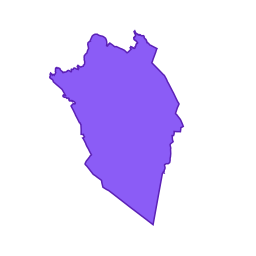 the district of Kaunatas pag., Rezeknes, Latvia, rotated 250°
{"feature_id": "27541924B36939981885438", "entity_name": "Kaunatas pag.", "entity_type": "district", "adm_level": 2, "iso_a3": "LVA", "parent_name": "Latvia", "parent_adm1": "Rezeknes", "projection": "equal_earth", "projection_center": [27.649, 56.307], "detail": "fine", "context": "isolated", "style": "filled", "palette": "violet", "viewbox_px": 256, "rotation_deg": 250, "n_neighbors": 0, "source": "geoboundaries", "source_scale": "gbopen_adm2", "svg_char_len": 5553}
<svg xmlns="http://www.w3.org/2000/svg" viewBox="0 0 256 256"><g transform="rotate(250 128 128)"><path d="M99.7,165.7L101.9,165.8L105.8,166.9L105.3,168.2L106.4,169.1L107.8,169.8L109.0,170.2L108.0,172.3L106.6,176.0L110.3,177.9L110.3,178.9L110.6,180.5L112.7,180.5L116.4,180.3L118.2,180.1L122.3,178.8L123.7,178.4L125.2,177.6L125.7,177.8L130.4,181.5L130.9,182.1L133.1,184.2L134.5,184.0L135.5,183.7L140.0,183.2L145.3,182.7L146.5,182.5L153.5,181.6L156.6,181.2L157.9,180.9L159.0,180.9L160.7,180.8L164.5,180.2L165.5,179.9L166.0,179.5L172.6,176.6L181.1,172.7L181.9,173.3L182.1,173.6L184.2,175.2L189.7,179.9L192.1,181.7L192.7,182.4L197.4,178.1L197.8,177.8L198.7,176.8L199.1,176.7L200.7,176.2L201.2,175.6L201.5,175.5L201.7,175.4L202.0,175.3L202.0,175.1L202.5,175.3L202.9,175.1L203.1,175.1L203.3,175.3L204.4,175.1L204.5,175.2L204.9,175.2L205.4,175.0L205.6,174.8L205.7,174.6L206.1,174.6L207.2,174.1L207.7,174.2L208.0,174.4L209.3,174.3L209.5,174.1L209.9,172.7L210.2,172.0L211.3,171.5L211.2,171.0L211.6,170.7L211.4,170.6L211.5,170.3L211.4,170.2L211.5,170.0L211.8,169.9L211.9,169.7L212.2,169.7L212.2,169.4L212.4,169.3L212.5,169.1L212.8,169.0L212.9,168.8L213.4,168.8L213.8,168.4L214.1,168.2L214.7,167.7L216.9,167.6L216.7,167.3L216.5,167.2L216.4,167.0L216.5,166.7L214.2,166.6L213.4,167.0L212.1,166.7L211.8,166.1L211.8,165.9L211.6,165.5L211.1,165.3L211.1,164.9L211.1,164.4L210.8,164.3L210.4,164.4L209.8,163.9L208.8,164.1L207.5,164.9L207.6,165.2L204.9,166.2L204.4,165.9L204.4,165.4L204.5,165.1L204.5,164.9L204.4,164.8L204.0,164.8L203.9,164.6L203.6,164.1L203.5,163.9L202.4,163.4L202.2,163.1L202.1,162.5L201.5,162.3L201.4,162.4L200.9,162.1L200.6,161.3L201.6,160.4L201.3,160.2L202.1,159.5L202.8,159.4L203.5,158.5L203.1,158.3L202.8,157.5L201.4,157.6L201.0,157.9L199.5,154.6L199.0,153.2L199.0,152.8L202.1,151.3L202.6,150.9L202.9,150.6L204.4,149.2L205.2,148.2L208.5,144.9L208.9,143.3L211.7,141.6L214.0,140.0L213.8,139.8L213.5,139.7L213.4,139.4L213.3,139.2L213.6,138.7L213.3,138.2L212.9,137.9L212.6,137.4L212.3,137.2L212.3,136.9L212.1,136.5L212.7,136.0L214.4,136.9L216.7,137.6L218.1,137.7L220.0,137.6L221.6,136.6L222.4,136.0L223.1,135.2L224.1,133.6L225.3,132.1L226.6,131.2L227.3,129.3L227.4,128.8L227.4,128.5L227.1,127.0L226.8,126.2L226.6,125.8L226.2,125.4L223.0,122.3L222.5,122.3L222.6,121.9L221.9,119.7L220.4,118.8L216.4,118.2L216.1,118.1L214.9,116.7L213.1,115.4L212.6,115.1L211.9,113.3L211.6,112.9L210.8,111.6L209.3,110.9L208.0,110.6L207.2,110.2L205.1,110.0L203.1,109.1L202.5,108.6L202.3,107.6L201.4,107.1L201.5,105.4L201.4,104.6L201.6,104.3L201.7,104.0L201.8,103.9L202.2,103.8L202.6,103.4L202.6,103.2L202.8,103.0L203.1,102.8L203.8,102.6L204.0,102.4L203.8,102.1L203.2,101.3L202.6,101.3L202.1,101.7L201.9,101.9L201.2,101.9L200.9,102.1L200.6,102.0L200.2,101.4L200.8,101.4L201.0,101.3L201.0,101.2L200.9,100.9L200.6,100.4L200.9,100.0L200.9,99.9L202.4,98.6L202.6,98.4L202.8,97.9L202.8,97.6L201.9,96.6L201.8,96.2L201.9,95.8L202.4,95.4L202.6,95.0L202.6,94.8L202.3,94.6L200.5,94.2L200.3,94.0L200.3,93.8L200.4,93.5L201.9,92.4L202.3,92.0L202.5,91.8L202.5,91.1L202.6,90.9L202.6,90.7L202.3,90.4L202.1,90.2L202.0,89.3L201.9,89.1L202.0,87.5L202.5,87.1L202.1,86.5L202.4,85.7L203.5,85.6L204.5,84.9L205.6,84.4L205.8,84.3L207.2,84.3L207.4,84.1L207.4,83.9L207.9,83.5L208.2,83.0L208.5,82.8L208.3,81.9L208.7,81.4L208.9,81.4L209.2,81.5L209.2,81.4L209.2,81.0L209.0,80.9L208.7,80.6L208.7,80.3L208.4,80.2L207.4,79.7L206.8,79.6L206.2,79.1L205.8,79.1L205.3,79.1L205.0,79.1L204.6,78.9L204.1,78.3L203.6,77.9L203.6,77.7L203.2,76.8L203.3,76.8L203.1,76.7L203.3,76.6L203.3,76.4L204.4,75.9L204.2,75.9L203.9,75.8L204.0,75.6L203.9,75.4L204.0,75.3L203.8,75.3L204.0,75.2L203.9,75.1L204.0,75.0L203.8,74.9L204.0,74.8L204.1,74.7L204.3,74.5L205.1,74.4L205.3,74.4L205.3,74.5L205.7,74.3L205.5,74.2L205.2,73.9L205.3,73.9L205.2,73.8L205.4,73.8L205.4,73.7L205.5,73.7L205.2,73.6L205.3,73.5L205.2,73.4L205.4,73.4L205.2,73.2L204.8,73.1L204.5,73.0L204.3,73.1L203.3,72.8L202.7,71.9L202.0,71.8L201.8,72.1L201.3,72.1L201.2,72.1L201.1,72.3L200.7,72.4L200.6,72.7L200.1,73.0L199.8,73.1L199.7,73.3L198.2,73.9L197.9,73.7L197.2,73.7L196.9,73.7L193.9,75.3L192.8,75.9L191.1,76.9L186.7,79.3L180.3,80.3L181.2,78.7L180.8,78.0L180.4,77.9L180.4,78.0L180.2,78.1L180.0,77.9L179.7,77.8L178.6,78.7L178.5,79.4L178.2,80.0L177.7,80.2L177.4,80.7L176.8,80.7L176.7,81.5L176.4,82.2L176.0,82.6L174.5,82.5L174.6,82.1L173.8,82.2L173.5,82.3L173.1,83.0L173.4,83.8L172.1,84.6L172.7,85.0L171.0,86.6L169.5,87.1L169.2,86.9L168.8,86.3L169.1,85.8L169.8,84.9L169.3,84.6L169.0,83.4L168.0,82.3L168.8,81.9L164.0,82.6L159.4,83.1L158.0,83.1L153.7,83.7L152.8,83.8L149.5,84.2L149.4,84.5L149.2,84.7L148.6,84.8L147.6,84.7L147.3,84.9L142.7,83.5L138.1,81.8L137.8,82.5L137.3,83.2L137.2,83.9L136.2,83.7L134.6,84.1L134.5,83.6L134.1,83.0L134.1,82.0L132.8,82.4L127.9,83.0L127.1,82.9L124.7,83.1L122.1,83.6L120.1,83.8L118.3,84.0L115.3,84.5L114.8,83.0L114.3,82.5L112.0,78.9L111.5,77.9L111.0,77.4L110.3,76.5L108.9,75.3L107.9,75.5L106.7,76.1L105.3,76.6L103.5,77.2L97.5,79.1L96.6,79.4L96.3,79.5L94.3,81.0L92.5,82.1L90.0,83.8L89.9,83.9L87.8,85.2L85.5,84.7L80.9,84.2L77.7,86.7L75.8,88.5L51.8,103.6L28.6,118.5L73.6,144.8L73.9,145.3L73.9,145.7L73.7,146.0L74.0,145.9L74.3,146.0L74.1,146.3L74.2,146.7L74.9,146.8L74.9,147.1L75.1,147.2L75.5,147.4L76.1,147.7L76.8,148.5L77.2,148.8L77.7,149.1L78.3,149.3L79.0,149.4L79.9,149.4L81.1,149.9L81.3,151.3L81.4,151.8L80.7,153.4L81.2,155.2L81.5,155.5L83.0,156.4L85.1,157.2L86.5,158.1L89.3,159.4L93.1,160.6L93.9,160.9L94.4,161.3L95.1,161.4L95.5,161.5L97.0,161.6L98.2,162.0L98.7,162.9L99.7,165.7Z" fill="#8b5cf6" stroke="#5b21b6" stroke-width="1.5"/></g></svg>